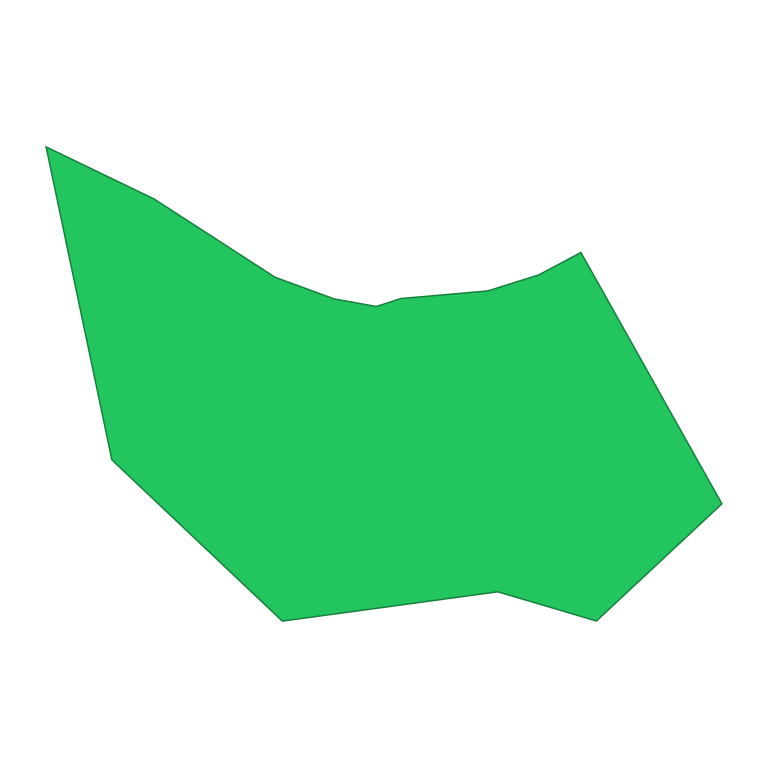 outline of Waterford
{"feature_id": "IRL-5571", "entity_name": "Waterford", "entity_type": "City", "adm_level": 1, "iso_a3": "IRL", "parent_name": "Ireland", "parent_adm1": "", "projection": "orthographic", "projection_center": [-7.082, 52.239], "detail": "fine", "context": "isolated", "style": "filled", "palette": "green", "viewbox_px": 768, "rotation_deg": 0, "n_neighbors": 0, "source": "natural_earth", "source_scale": "10m", "svg_char_len": 310}
<svg xmlns="http://www.w3.org/2000/svg" viewBox="0 0 768 768"><path d="M46.1,146.9L154.1,199.0L275.1,277.3L334.1,298.9L376.2,306.5L401.1,298.5L487.8,290.9L538.7,274.9L580.9,252.5L721.9,503.8L596.4,621.0L497.7,591.8L282.3,621.1L111.9,459.9L46.1,146.9Z" fill="#22c55e" stroke="#15803d" stroke-width="1.5"/></svg>